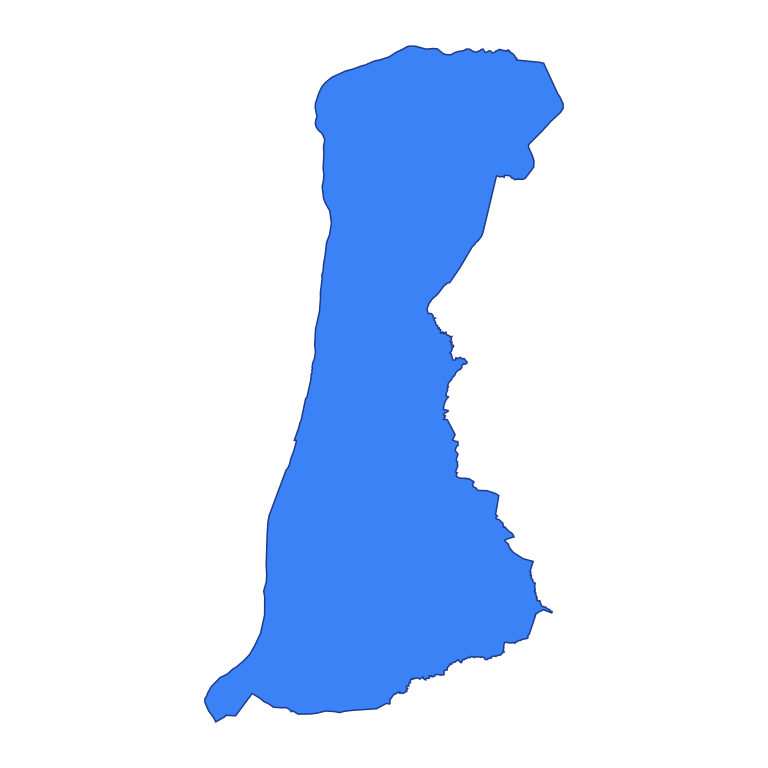 the district of Ban Fang, Khon Kaen, Thailand
{"feature_id": "78962969B10387092558373", "entity_name": "Ban Fang", "entity_type": "district", "adm_level": 2, "iso_a3": "THA", "parent_name": "Thailand", "parent_adm1": "Khon Kaen", "projection": "orthographic", "projection_center": [102.643, 16.502], "detail": "fine", "context": "isolated", "style": "filled", "palette": "blue", "viewbox_px": 768, "rotation_deg": 0, "n_neighbors": 0, "source": "geoboundaries", "source_scale": "gbopen_adm2", "svg_char_len": 6060}
<svg xmlns="http://www.w3.org/2000/svg" viewBox="0 0 768 768"><path d="M563.1,103.8L559.9,97.0L557.8,93.9L543.7,63.3L539.6,62.3L516.5,60.0L516.7,58.3L515.6,57.6L513.6,54.4L510.2,52.1L509.4,50.7L508.0,50.0L507.4,50.2L507.4,51.2L506.7,51.2L504.8,50.5L503.6,50.8L502.8,50.2L499.1,49.4L497.9,50.5L496.0,50.9L494.5,52.4L493.0,53.2L491.0,51.3L489.0,50.7L486.6,52.3L485.1,52.4L483.2,49.2L481.3,49.4L479.6,51.0L478.7,50.9L476.6,52.2L473.1,51.4L469.6,49.2L466.4,49.0L463.2,50.8L459.1,51.3L455.0,52.5L450.9,54.7L445.7,54.6L442.6,53.3L437.7,49.0L433.7,48.5L426.1,49.1L414.8,46.1L409.0,46.2L406.6,46.9L402.8,49.2L396.2,52.3L389.3,56.8L380.5,59.7L374.4,61.0L365.2,65.0L361.3,66.0L352.3,69.3L346.2,70.8L333.2,76.6L330.3,78.5L324.9,83.1L322.0,86.6L319.2,92.2L315.5,103.0L315.2,107.6L317.0,116.7L315.8,119.9L315.3,123.2L315.9,126.3L318.1,129.9L322.3,133.8L324.8,139.7L323.5,146.6L323.9,154.2L323.1,168.6L323.9,174.2L323.4,181.0L322.2,186.5L323.5,197.9L325.4,203.1L329.7,210.7L331.4,223.0L329.6,234.6L326.6,242.4L325.1,255.4L323.5,264.6L323.1,270.7L321.8,275.5L322.1,278.8L320.4,292.6L320.5,298.4L319.5,311.3L315.5,329.4L314.7,345.6L315.5,351.7L314.5,358.4L312.7,363.0L312.1,367.2L312.7,368.9L311.9,369.5L312.0,373.0L311.3,373.9L310.8,379.9L307.1,396.6L305.6,398.8L301.0,420.8L299.9,422.9L298.8,427.7L294.3,440.3L296.3,440.6L296.4,441.4L293.5,451.8L291.1,457.8L289.4,464.7L288.0,467.7L286.1,470.1L269.1,515.7L267.9,522.3L267.1,535.5L266.2,565.6L266.7,574.0L266.4,581.7L263.7,591.0L264.7,597.1L264.6,615.0L260.6,633.1L254.9,645.3L249.8,654.3L244.2,660.3L236.4,667.0L233.1,668.9L227.1,674.2L220.1,677.6L211.4,686.5L208.0,692.4L206.5,696.2L204.9,698.7L204.9,702.2L208.5,710.7L213.5,717.5L215.8,721.9L225.2,716.5L225.7,715.3L235.6,715.8L252.1,693.5L259.7,698.0L263.8,701.5L269.7,704.4L273.3,707.2L281.8,707.8L286.1,707.6L289.1,709.1L291.3,711.7L292.8,710.9L298.1,714.1L309.9,714.0L316.7,713.2L325.7,711.0L334.7,711.6L339.5,712.6L344.1,711.3L352.8,710.3L376.6,708.7L386.5,703.4L389.5,704.0L390.0,703.5L389.9,699.4L390.5,699.2L393.3,695.0L396.8,693.3L397.4,692.4L398.1,692.6L399.6,692.0L399.5,693.0L399.9,693.3L400.9,692.8L402.4,693.5L404.7,692.6L405.6,691.6L406.6,691.5L407.0,690.7L406.5,689.8L407.7,688.4L406.4,687.9L406.6,686.3L408.9,685.9L408.6,684.2L409.0,683.0L410.5,682.6L410.1,681.7L410.6,679.6L412.3,679.4L412.3,678.5L413.7,678.8L417.6,677.8L419.8,679.1L422.9,676.9L423.1,678.4L425.6,679.9L425.7,678.7L429.4,678.1L429.5,676.9L429.0,676.3L429.4,675.8L430.2,676.1L431.5,675.7L431.7,676.6L432.6,676.9L435.0,675.8L435.2,674.9L436.0,674.5L438.8,674.6L440.3,675.1L444.0,674.8L444.0,671.2L444.9,670.3L447.1,670.0L447.7,666.9L449.4,665.6L450.0,663.9L451.6,664.2L452.7,662.6L455.1,662.1L458.0,659.7L458.5,659.8L459.3,661.4L461.2,662.7L462.9,659.5L464.3,659.7L465.4,658.5L466.7,658.5L468.5,657.3L470.0,657.7L471.4,656.3L472.9,657.1L473.8,656.8L474.7,657.6L475.8,656.7L479.6,657.0L480.1,656.6L480.8,657.4L482.3,656.8L484.6,658.0L484.9,659.2L485.7,659.6L487.7,659.4L488.2,658.5L489.4,658.1L491.2,658.1L492.0,656.6L493.6,656.0L495.7,656.4L499.0,655.0L500.2,655.2L502.6,653.1L503.0,651.6L504.1,651.8L503.4,650.2L503.9,647.1L503.6,646.0L504.5,642.8L505.2,642.1L509.5,643.0L514.4,642.6L514.8,643.2L516.1,641.8L516.9,641.8L518.6,640.6L520.7,640.3L522.6,639.3L527.3,638.4L528.1,637.3L527.8,636.4L528.3,634.9L529.3,634.1L535.5,615.5L535.2,614.6L539.3,611.7L543.5,609.8L551.7,612.9L552.1,611.5L550.9,611.4L549.4,609.5L547.0,608.7L546.0,607.3L543.1,606.5L542.1,606.7L540.3,602.9L539.8,600.6L538.1,601.1L537.1,600.4L537.1,599.1L536.4,598.5L537.1,597.5L536.0,595.4L535.6,592.5L534.3,591.7L535.2,590.7L534.7,585.9L535.3,583.2L533.1,582.3L532.7,579.5L531.2,578.5L531.4,575.7L530.4,575.2L531.0,574.6L530.5,572.7L530.9,572.2L530.0,571.4L533.2,561.5L522.9,558.6L513.4,552.5L510.4,549.0L508.4,545.1L508.5,544.2L506.3,542.4L504.6,540.2L508.1,538.6L514.0,537.0L513.3,535.1L511.8,533.2L508.3,530.8L504.7,526.8L503.3,527.0L503.0,523.4L502.4,522.5L501.0,522.0L500.5,520.8L498.6,519.4L497.0,519.3L495.7,517.6L497.4,516.2L495.6,514.4L498.8,495.6L495.5,493.5L486.9,490.7L478.1,490.4L476.6,489.2L476.5,488.4L473.0,486.5L472.7,483.8L473.8,482.7L473.9,481.8L468.7,478.6L467.3,479.0L465.6,478.1L464.7,478.4L459.6,478.1L456.9,476.7L456.3,475.8L456.6,473.8L457.3,472.8L455.5,472.1L457.9,465.4L457.3,464.2L457.6,462.0L456.5,460.9L456.2,459.3L458.0,454.2L455.1,450.4L456.6,446.2L457.7,445.8L458.1,445.1L457.9,442.0L457.7,441.5L455.5,441.4L452.6,439.9L455.1,434.6L447.4,419.9L446.4,419.5L443.7,419.4L445.1,417.0L445.3,415.8L444.4,415.9L443.4,414.0L448.1,411.3L448.1,410.5L443.4,409.5L444.0,405.0L445.1,401.9L446.3,399.4L448.5,397.0L445.8,395.8L446.2,394.9L446.0,393.9L447.7,389.7L447.4,388.2L448.4,386.7L447.6,386.4L448.5,382.9L451.7,379.4L451.7,378.4L454.7,375.3L456.1,372.3L458.0,370.4L460.3,369.4L461.8,367.7L461.7,366.2L462.5,364.7L463.5,363.9L464.4,364.3L466.4,363.5L467.0,363.0L467.1,362.2L464.1,358.6L462.2,358.9L460.9,357.6L459.7,357.4L458.5,358.6L456.1,357.8L455.5,358.2L456.0,359.2L455.8,359.7L453.8,360.1L452.7,359.8L451.4,354.2L450.0,352.9L451.4,351.3L452.2,348.7L451.8,347.2L453.2,347.0L453.7,346.0L453.4,345.3L451.7,345.0L451.1,344.3L451.9,343.5L452.0,342.1L450.4,342.0L450.0,341.5L451.5,339.9L451.1,337.6L451.8,336.6L450.1,336.8L449.4,335.8L446.6,334.8L445.9,332.2L443.7,333.7L443.3,333.3L443.6,332.6L442.6,331.8L441.7,333.0L440.4,333.1L440.6,329.6L439.2,329.3L439.2,327.9L437.9,328.1L437.7,325.8L436.1,324.9L435.1,321.4L434.1,320.2L434.1,319.2L435.4,318.2L433.0,317.3L433.0,315.3L431.6,313.8L430.0,313.3L428.7,313.8L428.0,313.4L427.0,308.7L429.3,303.0L432.5,298.7L437.5,294.4L444.0,285.8L446.1,284.3L446.4,283.5L449.9,282.4L459.8,267.9L472.6,246.2L473.9,245.3L476.2,242.1L478.0,240.9L481.3,236.6L482.9,232.8L496.5,175.8L499.5,176.8L502.6,176.5L504.2,177.3L504.6,175.3L509.4,175.7L510.7,176.4L511.7,178.1L513.2,178.3L514.1,179.4L515.1,179.6L517.9,179.2L518.3,178.7L519.4,179.3L522.8,179.4L523.8,178.6L524.7,178.7L525.6,177.9L533.7,167.1L534.0,160.9L532.4,155.8L528.3,146.7L529.0,144.2L542.2,130.9L550.7,121.5L560.5,112.4L563.1,108.4L563.1,103.8Z" fill="#3b82f6" stroke="#1e3a8a" stroke-width="1.5"/></svg>